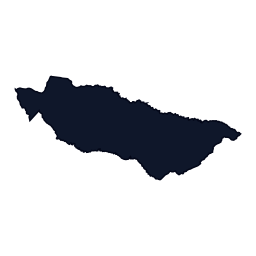 the district of Metarica, Niassa, Mozambique
{"feature_id": "85939544B27352268742856", "entity_name": "Metarica", "entity_type": "district", "adm_level": 2, "iso_a3": "MOZ", "parent_name": "Mozambique", "parent_adm1": "Niassa", "projection": "mercator", "projection_center": [37.03, -14.331], "detail": "fine", "context": "isolated", "style": "filled", "palette": "ink", "viewbox_px": 256, "rotation_deg": 0, "n_neighbors": 0, "source": "geoboundaries", "source_scale": "gbopen_adm2", "svg_char_len": 5858}
<svg xmlns="http://www.w3.org/2000/svg" viewBox="0 0 256 256"><path d="M159.6,179.6L160.3,179.6L161.0,179.1L165.3,174.8L168.0,173.5L169.9,171.3L170.8,171.2L171.6,171.7L173.1,171.8L175.3,171.0L176.8,173.1L178.8,174.6L179.2,174.6L179.8,174.3L180.7,173.5L181.3,173.3L182.9,173.7L183.4,173.2L183.8,171.7L184.9,171.7L185.6,171.4L186.2,171.3L186.9,170.4L188.9,169.3L190.4,169.0L192.6,167.8L197.8,165.7L200.5,163.6L200.3,162.7L199.7,162.1L199.9,161.8L201.1,161.1L202.1,160.0L203.7,159.5L204.3,159.0L205.3,157.4L207.0,156.3L207.7,154.9L208.7,154.2L209.1,153.3L210.5,153.2L211.9,152.3L212.5,152.2L212.6,150.7L213.2,148.6L213.0,148.0L213.1,147.3L215.0,145.1L216.6,144.0L219.1,143.0L220.9,141.9L221.1,140.8L221.6,140.2L221.7,138.7L222.0,138.1L222.8,137.9L223.4,137.1L224.4,136.6L225.4,137.2L227.4,137.2L229.2,137.6L230.3,138.5L231.1,139.5L231.9,139.9L233.6,140.1L234.5,139.7L235.2,139.0L236.3,138.6L236.5,138.4L236.3,137.6L237.8,136.3L237.8,135.6L238.3,135.4L239.1,135.5L240.6,133.9L239.9,133.5L239.4,132.7L238.5,132.5L237.8,132.7L236.6,132.4L234.7,129.7L233.9,129.4L233.1,129.7L232.5,128.9L231.6,128.7L231.3,129.0L230.0,128.5L229.7,127.4L228.3,126.8L227.0,125.2L226.5,125.1L226.0,124.5L224.6,124.2L224.0,123.4L223.3,123.2L222.6,123.3L221.9,122.3L219.9,122.1L218.8,121.4L218.1,121.9L216.4,120.8L215.8,120.8L215.5,121.1L215.3,120.9L214.5,121.0L214.0,120.8L213.3,121.0L212.9,120.8L211.3,121.1L210.1,120.9L208.3,122.0L206.2,120.5L204.9,120.6L204.5,121.0L203.4,121.4L203.3,121.7L202.9,121.8L202.1,122.8L200.8,122.4L201.3,121.4L200.6,120.4L200.1,120.8L199.7,120.6L199.6,120.9L198.2,120.8L197.9,120.5L198.2,119.8L198.0,119.4L195.8,119.5L194.7,118.5L194.1,118.9L193.7,120.0L193.4,119.9L193.0,118.9L192.6,118.8L191.2,119.0L189.2,120.1L188.6,120.1L188.3,119.7L188.7,119.0L188.3,118.4L188.3,117.8L185.1,118.4L184.0,118.3L183.7,118.2L183.8,117.2L183.1,117.0L181.8,117.3L180.8,116.3L180.2,116.9L179.0,116.6L178.2,115.7L177.8,114.8L176.4,115.0L175.8,114.6L175.4,113.8L174.0,114.4L173.4,115.0L172.2,113.8L171.1,113.5L170.8,112.9L170.1,112.6L169.1,112.9L168.2,112.8L167.5,113.8L167.1,114.0L166.7,113.7L164.5,113.2L163.3,114.0L161.8,113.2L159.9,113.3L159.4,112.0L159.4,111.4L159.7,111.0L159.5,110.7L159.1,110.6L158.8,110.8L157.7,110.8L155.7,109.1L154.6,109.8L153.7,109.6L152.8,108.6L152.6,107.7L152.0,107.7L151.4,108.1L150.8,107.9L149.8,105.9L149.0,105.7L148.5,106.2L147.9,106.0L147.6,105.0L146.1,104.1L146.2,103.6L146.7,103.2L144.5,103.5L144.0,103.0L143.7,102.2L142.5,102.2L140.9,102.6L140.6,102.3L140.7,101.3L139.2,100.1L138.5,100.3L137.9,100.8L137.2,100.7L136.1,102.0L135.1,102.7L134.7,102.7L134.3,102.0L133.2,101.7L132.7,101.8L132.4,102.4L131.6,102.9L129.5,102.7L129.1,101.5L128.3,101.1L127.5,100.1L126.0,99.6L126.0,98.5L124.6,98.9L123.7,98.9L122.8,98.0L121.9,98.5L120.5,97.9L119.9,97.1L119.8,96.1L118.8,96.0L118.3,95.2L118.3,94.6L118.6,94.6L118.9,93.8L118.4,93.9L117.8,93.7L117.1,93.1L117.1,92.8L117.6,92.7L117.5,92.4L113.9,92.4L113.4,91.9L113.3,91.4L112.8,91.3L113.0,91.0L112.3,89.7L112.0,89.6L112.1,89.3L111.9,89.1L112.3,88.7L112.1,88.3L112.4,88.0L111.5,87.3L110.3,87.4L109.0,88.2L108.1,88.0L106.9,88.1L105.7,87.7L105.2,86.7L104.8,86.5L104.1,86.5L103.4,86.9L102.4,86.7L102.0,87.0L101.1,86.7L100.7,86.3L99.3,86.2L98.6,86.5L98.2,85.4L97.5,85.1L96.7,85.5L95.2,85.5L93.9,86.7L92.4,86.8L91.9,86.8L90.8,85.9L88.3,85.9L86.6,85.4L85.5,86.1L84.3,86.6L82.2,86.5L81.3,86.1L80.8,86.1L80.1,86.8L76.9,87.7L75.0,87.2L73.3,86.0L72.6,85.9L72.1,84.8L71.3,83.8L71.5,82.0L71.1,81.2L69.3,80.3L68.3,79.2L67.4,78.7L62.3,78.2L60.6,77.7L51.5,76.6L51.3,76.4L50.5,76.6L48.6,81.0L47.1,82.7L46.7,86.4L45.6,87.8L45.1,90.0L44.2,91.5L42.1,93.2L38.7,92.7L37.2,91.8L35.1,91.5L31.2,89.0L29.4,88.4L28.0,88.4L26.3,89.1L25.2,89.1L22.6,88.8L19.9,88.1L17.9,88.7L16.6,89.7L16.0,89.7L15.4,89.2L15.4,89.5L16.1,91.2L16.9,91.7L18.0,93.5L18.0,95.4L17.5,96.2L17.6,98.5L18.3,99.7L19.3,100.6L20.0,102.0L20.5,104.7L21.3,105.8L22.3,107.8L23.4,107.6L25.1,108.1L25.8,110.3L26.7,111.3L26.5,112.7L26.7,113.4L27.3,113.9L28.7,114.2L29.6,115.3L29.7,115.7L29.1,116.9L29.9,120.6L39.1,110.5L39.8,112.1L40.6,112.9L42.2,113.8L42.4,117.3L43.7,118.4L44.1,119.9L46.9,123.0L47.6,123.2L48.9,124.3L50.8,125.3L52.0,126.9L52.7,127.4L53.2,128.5L54.2,130.0L55.4,130.8L55.7,132.0L55.4,132.7L56.3,133.7L57.5,135.8L57.2,137.2L56.5,138.2L56.6,138.7L57.4,138.9L58.9,138.5L60.0,139.2L60.9,140.2L61.7,140.0L62.6,140.4L63.4,140.3L64.7,141.3L65.6,141.1L67.5,143.1L69.2,144.3L69.6,144.3L69.8,143.7L70.6,143.0L71.6,143.3L71.8,144.0L71.6,144.4L72.4,144.7L72.9,144.6L73.6,143.5L74.6,143.7L75.0,144.1L74.7,145.3L74.9,146.1L75.4,146.7L75.9,146.8L76.3,147.8L77.2,148.0L77.7,148.6L78.2,148.3L79.2,148.2L78.9,149.2L79.7,149.4L80.1,149.8L80.9,150.1L81.0,150.6L81.3,151.0L82.3,150.6L83.0,150.7L83.1,151.5L83.5,152.0L84.3,151.9L85.0,151.2L86.1,151.3L86.6,152.3L88.0,152.2L89.2,151.7L90.3,151.8L91.7,150.4L92.4,150.7L94.1,150.7L95.0,150.4L96.5,150.8L97.8,150.7L98.0,150.6L97.9,149.9L98.3,149.3L98.9,149.1L99.1,149.3L99.7,149.3L99.7,148.9L100.0,148.8L100.2,149.3L99.8,150.3L100.1,150.8L100.6,150.8L100.7,150.5L102.0,150.8L102.6,151.4L103.2,151.2L104.3,151.4L104.7,151.1L106.5,151.3L107.2,151.7L108.1,151.6L108.9,152.3L109.8,152.1L111.5,152.8L112.4,152.6L113.8,153.7L115.4,152.7L116.0,153.3L115.6,153.8L115.8,154.2L117.3,154.3L117.8,155.1L119.7,155.9L119.8,156.4L120.7,156.9L121.4,158.0L124.0,159.2L125.9,159.5L128.4,159.1L130.4,156.5L130.7,156.9L130.8,157.6L130.1,158.4L130.3,158.7L133.3,158.8L134.0,158.3L134.9,158.1L135.3,158.8L136.8,159.1L137.3,159.4L137.8,160.0L138.1,160.9L139.9,162.9L141.7,164.1L142.0,165.7L142.2,166.1L142.8,166.1L143.4,166.7L143.9,168.1L144.6,168.9L146.2,169.7L146.4,170.8L147.0,170.9L146.9,171.5L146.6,171.9L147.4,172.4L148.4,172.6L148.2,173.9L149.8,174.6L150.1,175.7L150.5,176.0L151.4,175.7L152.1,175.9L153.1,176.7L153.8,176.7L154.4,177.0L155.6,178.7L156.4,178.9L157.1,178.7L159.6,179.6Z" fill="#0f172a" stroke="#020617" stroke-width="1.5"/></svg>